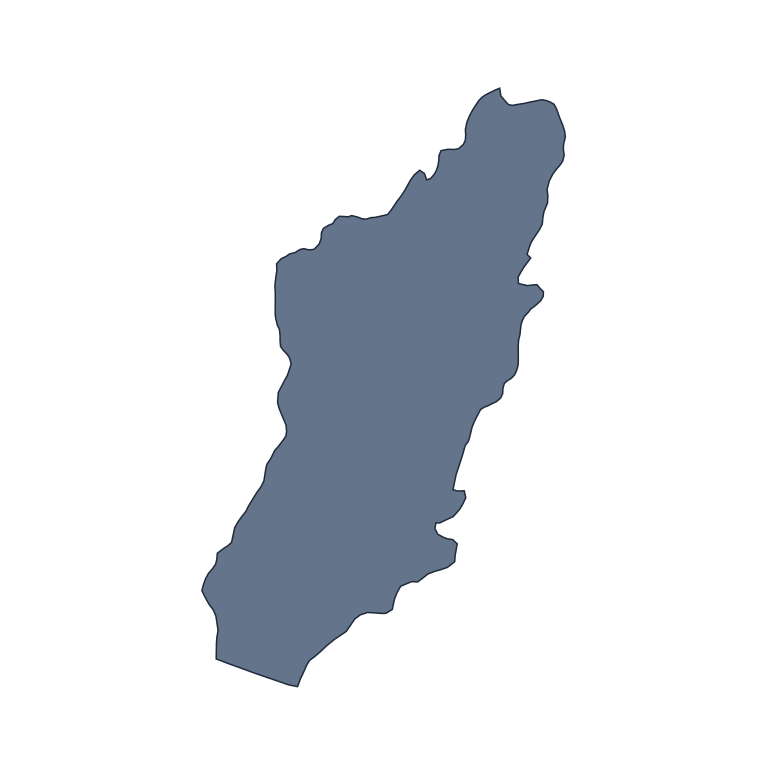 the district of Concórdia do Pará, Pará, Brazil, rotated 14°
{"feature_id": "56859067B40918846221994", "entity_name": "Concórdia do Pará", "entity_type": "district", "adm_level": 2, "iso_a3": "BRA", "parent_name": "Brazil", "parent_adm1": "Pará", "projection": "natural_earth1", "projection_center": [-47.969, -1.877], "detail": "fine", "context": "isolated", "style": "filled", "palette": "slate", "viewbox_px": 768, "rotation_deg": 14, "n_neighbors": 0, "source": "geoboundaries", "source_scale": "gbopen_adm2", "svg_char_len": 3182}
<svg xmlns="http://www.w3.org/2000/svg" viewBox="0 0 768 768"><g transform="rotate(14 384 384)"><path d="M287.7,691.4L299.3,692.8L329.9,696.0L364.1,699.0L373.3,698.6L374.3,690.0L375.7,683.1L377.1,675.2L378.7,670.1L382.5,665.5L385.1,661.8L387.5,658.4L391.5,652.1L397.7,643.8L407.3,633.1L410.3,625.0L412.5,619.0L416.9,613.7L423.3,609.7L429.9,608.4L437.4,607.2L441.3,606.1L446.6,600.8L446.2,590.6L447.1,583.4L449.1,576.2L458.5,569.1L464.6,567.9L470.1,561.0L472.6,557.7L478.1,553.8L483.7,550.6L489.9,546.6L495.6,539.4L494.5,532.9L493.7,521.4L488.3,518.3L482.6,518.9L478.4,518.3L472.6,516.8L468.3,511.9L468.0,506.3L471.7,505.3L478.0,500.1L483.2,496.0L487.7,487.4L489.2,482.6L490.9,474.7L487.7,468.2L481.1,470.1L476.5,469.8L475.9,454.6L476.7,444.2L477.5,431.9L477.6,424.5L479.7,419.2L480.0,414.8L479.9,404.6L480.7,399.0L481.7,394.2L483.9,385.4L486.8,382.3L490.0,380.1L493.8,376.8L497.4,373.9L500.6,369.3L501.5,364.6L500.5,360.0L500.6,354.4L502.9,351.0L506.1,347.7L508.5,343.6L509.4,338.9L509.6,333.4L508.5,328.1L505.0,314.4L504.0,308.9L504.0,303.3L502.6,293.4L502.9,289.0L503.9,284.3L506.6,279.7L508.2,275.8L512.1,271.1L515.9,265.3L517.3,260.5L516.4,255.9L512.8,253.8L508.4,250.6L504.3,251.9L499.6,253.8L490.2,254.0L488.3,248.0L489.5,243.2L491.5,236.7L495.9,226.2L491.5,223.7L492.0,214.7L492.7,210.3L494.1,206.1L497.6,196.4L498.9,190.5L498.0,184.9L497.5,178.2L498.9,168.9L497.4,161.5L495.2,155.8L495.2,147.4L496.9,139.8L499.4,133.8L501.9,128.9L503.5,124.3L503.5,118.5L501.2,112.7L500.2,107.6L500.2,100.4L498.3,95.4L494.8,89.6L489.5,82.4L485.1,75.6L481.4,71.5L477.5,70.3L473.0,69.7L468.3,70.0L460.3,73.8L456.7,75.5L452.5,77.7L446.7,80.1L441.1,82.6L437.0,82.7L433.1,80.1L427.7,76.2L424.7,69.0L421.3,71.5L417.3,74.8L412.5,78.9L409.5,82.4L407.5,85.9L405.7,90.8L403.7,96.7L402.1,103.0L401.1,110.0L401.4,117.4L403.1,122.9L403.9,127.7L403.1,132.3L399.3,137.7L395.3,139.5L389.5,140.7L382.9,143.7L382.1,149.2L383.1,153.6L383.5,159.4L383.1,164.7L381.7,169.1L379.5,173.3L376.1,175.6L372.3,170.0L366.9,168.0L362.9,173.5L360.3,180.0L357.4,190.9L355.1,197.4L352.3,203.9L348.9,213.5L346.5,218.7L342.2,220.9L335.2,224.4L330.9,225.8L327.0,228.3L322.8,229.0L318.3,228.4L311.9,228.4L308.8,230.5L304.9,231.1L300.1,232.1L297.0,236.1L295.5,240.7L291.8,243.4L287.6,247.5L286.7,252.5L287.8,257.7L287.3,263.7L283.6,270.2L278.8,272.0L273.3,272.1L269.8,273.9L265.8,278.1L260.8,280.7L258.2,283.8L253.8,287.5L250.7,293.4L252.6,299.9L253.1,305.8L253.8,311.0L254.5,315.7L256.4,321.6L257.7,326.9L259.8,335.4L261.6,342.9L263.3,347.0L266.3,352.8L269.3,356.3L271.5,362.3L272.8,367.6L274.6,372.7L278.1,375.7L282.7,378.5L285.9,381.4L289.1,387.0L288.2,398.8L286.6,404.8L283.5,417.8L285.2,427.7L287.6,432.2L290.1,435.8L298.8,447.4L301.0,453.6L301.4,458.2L300.0,462.2L296.1,471.2L294.1,474.7L292.2,483.5L289.8,490.1L289.8,494.5L290.9,506.9L289.4,513.8L286.9,519.8L285.0,525.8L282.1,535.1L280.8,540.9L278.3,546.6L275.8,552.7L273.9,559.5L274.4,574.7L271.6,578.7L268.3,582.2L263.2,588.5L264.2,594.8L264.2,599.5L262.2,604.9L259.5,610.3L258.0,615.8L257.3,623.1L257.3,628.6L262.6,634.8L267.2,639.8L272.9,644.4L277.1,650.0L282.6,663.2L283.1,670.1L284.1,675.9L287.7,691.4Z" fill="#64748b" stroke="#1e293b" stroke-width="1.5"/></g></svg>